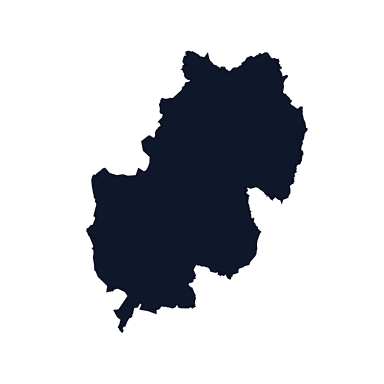 the district of Hidalgo, Michoacán, Mexico, rotated 192°
{"feature_id": "50627088B4017945101472", "entity_name": "Hidalgo", "entity_type": "district", "adm_level": 2, "iso_a3": "MEX", "parent_name": "Mexico", "parent_adm1": "Michoacán", "projection": "natural_earth1", "projection_center": [-100.689, 19.626], "detail": "fine", "context": "isolated", "style": "filled", "palette": "ink", "viewbox_px": 384, "rotation_deg": 192, "n_neighbors": 0, "source": "geoboundaries", "source_scale": "gbopen_adm2", "svg_char_len": 6015}
<svg xmlns="http://www.w3.org/2000/svg" viewBox="0 0 384 384"><g transform="rotate(192 192 192)"><path d="M227.2,310.0L226.1,309.7L224.9,307.6L224.2,307.4L223.3,305.8L223.4,304.6L222.1,302.8L219.1,301.5L216.6,302.4L216.2,301.2L216.5,299.9L217.4,298.7L220.7,297.2L220.9,294.0L222.8,292.2L222.5,291.1L222.9,289.0L230.1,279.0L232.1,279.0L236.2,277.1L238.9,276.8L240.1,277.3L240.9,276.5L241.3,274.7L240.9,272.9L241.5,272.1L241.7,270.7L240.0,267.3L239.7,263.9L239.0,262.9L236.1,262.8L236.0,258.7L239.1,253.7L237.8,253.6L236.1,251.1L235.2,250.4L237.7,248.1L237.8,246.7L238.4,245.8L238.8,246.0L239.3,245.0L239.8,242.6L239.1,240.1L239.1,238.1L240.2,236.0L245.5,237.9L251.5,230.9L247.9,222.6L240.0,217.9L239.0,211.5L239.4,208.0L240.7,203.5L243.1,201.4L249.0,203.6L249.9,196.2L258.1,193.8L263.1,194.3L268.9,192.1L276.9,192.8L281.1,196.1L282.1,196.8L282.6,196.6L284.3,195.4L284.9,194.0L288.5,190.1L288.1,189.0L288.6,187.9L288.9,188.2L289.0,187.3L290.4,188.1L291.5,187.9L292.0,186.6L292.3,182.9L290.6,177.5L287.8,170.5L286.5,168.4L286.7,167.6L286.2,166.8L285.8,166.9L285.7,166.0L284.3,165.2L284.3,162.8L282.5,161.0L282.2,159.3L282.6,153.2L282.1,151.9L282.6,151.6L282.7,148.5L281.8,148.7L281.8,148.0L280.9,147.1L280.5,147.2L280.6,144.6L281.4,141.6L281.2,139.8L281.7,139.4L281.5,138.6L283.7,138.0L285.5,134.6L286.6,134.2L286.6,132.1L284.4,129.7L284.4,129.0L282.3,127.3L276.3,118.4L277.3,116.0L276.4,116.0L275.8,115.0L274.8,111.7L274.6,107.5L271.9,100.5L270.7,95.7L269.1,94.7L266.0,90.0L254.6,82.9L254.9,82.6L254.0,82.0L254.6,80.6L254.3,77.0L252.2,78.3L251.5,78.1L251.0,79.1L249.7,78.8L249.6,79.9L248.9,79.5L248.2,81.1L244.5,82.8L236.7,80.9L232.6,77.0L239.0,61.3L243.3,59.9L238.7,54.5L234.7,52.7L234.3,51.3L234.9,50.7L234.7,48.3L235.7,44.4L234.3,43.6L233.9,42.5L231.3,40.6L230.8,42.1L232.2,43.5L231.6,46.8L230.0,46.9L229.1,51.7L229.3,52.3L228.5,53.3L228.1,55.3L226.9,56.8L226.3,56.6L225.3,57.9L225.7,59.7L225.1,60.7L225.2,66.7L224.0,67.6L221.7,68.2L220.3,72.9L218.3,72.7L217.2,71.2L218.2,66.8L210.2,67.1L202.1,65.9L203.1,69.6L200.1,71.0L199.1,73.5L199.3,73.8L198.6,74.2L196.8,74.8L195.7,74.5L194.2,75.1L191.5,74.8L190.3,75.3L188.8,74.8L187.1,74.8L185.3,75.8L184.5,77.0L184.3,78.4L183.4,78.9L181.1,78.3L181.3,77.0L179.6,76.6L171.5,78.1L169.2,80.1L167.8,79.0L167.5,80.5L166.5,79.8L165.4,80.8L166.4,81.5L166.2,82.1L166.8,82.2L166.7,84.8L167.5,85.4L167.0,86.4L166.8,89.0L167.7,89.2L167.7,91.7L168.5,92.3L172.3,97.9L173.2,97.8L176.8,99.8L177.0,100.9L176.1,103.4L174.0,103.7L172.7,105.1L173.1,106.7L172.8,107.6L171.2,108.3L172.3,109.6L171.5,110.9L171.7,111.4L175.2,116.0L173.2,122.5L170.5,122.0L169.3,122.6L167.3,121.8L165.3,122.4L160.2,122.1L157.9,120.3L157.1,118.7L152.6,118.5L150.3,119.6L148.9,118.7L149.0,117.1L147.8,117.2L146.9,116.4L146.0,117.9L144.1,117.1L143.5,117.4L143.0,118.7L142.0,119.4L139.0,115.7L137.0,115.0L136.5,115.3L136.9,116.9L135.6,118.0L135.8,119.5L135.5,120.2L130.7,122.9L131.1,126.2L130.7,127.3L126.4,129.8L125.6,131.1L121.5,133.0L121.0,136.2L117.3,143.0L116.8,145.5L117.2,146.5L117.1,150.0L118.2,153.7L118.6,157.8L117.6,165.7L116.8,167.2L120.4,169.2L121.1,171.1L122.8,171.6L124.1,173.8L125.8,175.1L126.4,176.1L126.1,178.0L126.4,178.8L127.8,177.3L128.4,178.2L129.8,178.9L129.5,179.8L130.1,180.5L129.8,180.9L130.6,181.6L130.2,182.3L131.5,183.9L130.7,184.9L133.0,186.6L132.6,187.5L133.3,188.3L133.3,189.3L134.4,191.4L135.6,192.6L135.5,194.3L135.9,195.2L135.9,197.6L137.5,198.3L136.9,198.9L136.3,198.6L135.8,200.1L137.2,200.8L138.5,200.3L139.1,200.8L138.7,201.1L138.8,201.8L139.6,201.9L139.5,202.4L140.1,202.5L140.1,203.6L138.5,204.4L138.5,205.6L139.2,206.2L140.5,206.1L141.5,206.7L140.5,207.1L139.4,208.3L137.7,208.7L136.2,208.1L134.7,208.4L131.3,210.5L128.3,210.6L125.3,209.2L125.3,208.8L124.6,208.9L121.4,207.4L119.1,205.1L116.5,205.4L117.2,204.2L116.3,204.5L114.8,203.2L114.0,203.7L113.8,202.1L113.0,201.7L112.7,202.0L112.1,201.6L112.2,202.5L111.3,202.5L109.6,205.3L107.2,203.7L105.4,203.0L103.6,203.1L102.1,200.7L101.9,203.8L97.3,206.8L97.5,208.0L96.3,211.5L97.1,215.5L98.4,217.7L97.5,220.0L96.9,220.1L96.7,220.8L95.2,221.6L95.2,222.7L95.7,222.9L95.4,223.4L95.6,223.9L95.1,223.9L96.3,225.4L95.4,225.8L96.4,226.6L95.3,228.9L96.3,230.9L95.8,233.1L94.9,232.9L94.5,233.6L95.9,234.5L95.0,236.1L95.9,237.6L95.5,239.0L95.8,240.5L94.7,240.9L94.6,242.4L93.9,242.6L93.4,241.7L92.6,242.2L92.2,243.9L93.2,244.8L92.1,244.9L91.8,245.7L92.3,248.3L92.0,248.9L92.7,249.2L92.8,250.0L92.1,250.6L92.3,251.0L91.7,251.8L92.1,252.1L91.8,252.8L92.5,254.5L93.8,255.2L94.5,254.8L95.2,255.8L94.7,257.0L95.1,258.7L94.4,262.6L94.5,263.0L95.4,263.4L95.4,264.7L94.6,266.1L94.2,268.1L94.6,269.2L94.3,270.4L95.0,271.6L94.2,272.9L94.3,273.9L92.8,276.1L92.7,277.6L94.3,277.9L96.1,283.0L98.5,286.3L100.9,291.6L101.1,293.8L102.1,295.6L101.7,296.0L101.9,297.6L103.4,297.6L104.8,295.4L106.1,294.6L107.3,294.8L111.2,296.8L112.7,296.5L113.3,297.5L115.2,298.7L113.9,301.7L115.4,302.1L117.0,304.1L118.9,304.9L121.0,306.8L122.2,306.4L125.0,308.5L125.1,309.0L124.5,309.4L124.6,313.7L125.9,317.6L124.9,321.7L123.1,324.2L122.9,325.2L123.5,325.5L128.2,322.5L129.4,323.3L128.4,324.4L129.7,326.9L131.5,328.8L132.7,328.6L133.0,329.2L132.9,329.9L130.6,331.9L133.3,333.9L133.1,334.5L133.9,334.5L134.8,336.7L134.3,337.6L135.3,339.5L136.5,338.9L138.9,339.5L140.5,338.8L142.0,338.8L143.2,339.4L146.9,343.3L147.7,343.4L149.6,343.0L152.3,340.4L154.3,341.3L154.9,340.7L154.9,339.0L156.7,338.8L159.3,335.8L162.4,336.7L165.8,334.3L166.9,330.7L169.6,328.4L169.5,327.8L169.1,327.7L169.3,326.0L171.5,324.6L173.1,322.4L176.0,322.1L177.3,321.3L179.2,317.8L179.8,317.8L180.1,317.1L181.8,317.3L183.0,318.2L183.7,317.9L185.8,319.8L186.0,320.5L188.8,320.2L189.4,319.8L189.4,317.1L189.8,316.7L192.0,319.3L192.8,319.0L194.4,320.2L197.7,320.4L199.4,322.1L201.5,323.3L203.5,325.6L205.5,330.3L207.1,326.4L208.6,325.5L210.6,325.8L212.5,325.5L214.1,327.0L220.6,329.0L220.9,328.4L224.5,328.8L226.8,327.6L226.1,325.4L224.5,324.6L225.4,323.6L227.2,323.1L227.6,322.0L227.7,317.7L224.9,314.8L226.9,313.5L226.3,310.7L227.2,310.0Z" fill="#0f172a" stroke="#020617" stroke-width="1.5"/></g></svg>